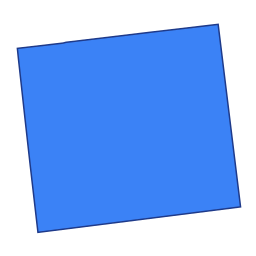 the district of Rockwall, Texas, United States of America, rotated 353°
{"feature_id": "52423323B26615713613896", "entity_name": "Rockwall", "entity_type": "district", "adm_level": 2, "iso_a3": "USA", "parent_name": "United States of America", "parent_adm1": "Texas", "projection": "robinson", "projection_center": [-96.442, 32.898], "detail": "fine", "context": "isolated", "style": "filled", "palette": "blue", "viewbox_px": 256, "rotation_deg": 353, "n_neighbors": 0, "source": "geoboundaries", "source_scale": "gbopen_adm2", "svg_char_len": 300}
<svg xmlns="http://www.w3.org/2000/svg" viewBox="0 0 256 256"><g transform="rotate(353 128 128)"><path d="M27.9,35.5L27.7,45.0L26.9,106.9L26.4,151.7L25.9,220.6L230.1,220.0L230.1,189.8L230.1,36.1L162.4,35.7L76.8,35.4L74.0,35.8L27.9,35.5Z" fill="#3b82f6" stroke="#1e3a8a" stroke-width="1.5"/></g></svg>